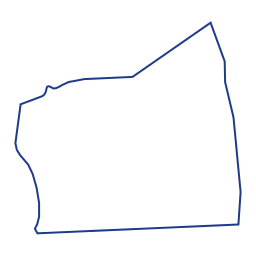 the Governorate of Al Qahirah
{"feature_id": "EGY-1533", "entity_name": "Al Qahirah", "entity_type": "Governorate", "adm_level": 1, "iso_a3": "EGY", "parent_name": "Egypt", "parent_adm1": "", "projection": "orthographic", "projection_center": [31.424, 30.049], "detail": "fine", "context": "isolated", "style": "outline", "palette": "blue", "viewbox_px": 256, "rotation_deg": 0, "n_neighbors": 0, "source": "natural_earth", "source_scale": "10m", "svg_char_len": 540}
<svg xmlns="http://www.w3.org/2000/svg" viewBox="0 0 256 256"><path d="M224.7,61.4L225.1,82.0L233.5,117.4L240.6,192.1L238.4,224.5L37.4,233.3L34.9,228.7L37.1,224.4L39.1,216.8L39.1,203.0L36.6,187.8L32.7,174.1L28.2,164.6L20.2,155.3L16.8,149.8L15.4,143.2L20.6,104.3L42.2,96.2L43.2,95.5L44.0,94.8L44.8,93.8L45.4,92.6L46.0,91.1L46.6,88.2L47.0,87.1L47.5,86.5L48.5,86.3L49.7,86.5L51.7,87.5L52.9,88.3L54.3,88.4L56.2,88.1L59.9,86.4L61.9,85.1L68.8,82.0L84.3,79.1L132.5,76.9L210.6,22.7L224.7,61.4Z" fill="none" stroke="#1e3a8a" stroke-width="2"/></svg>